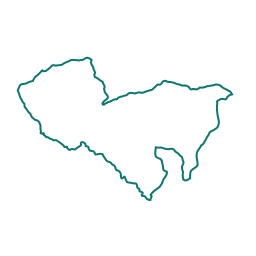 outline of Dungmin, Pemagatsel, Bhutan, rotated 175°
{"feature_id": "84629894B90871610259656", "entity_name": "Dungmin", "entity_type": "district", "adm_level": 2, "iso_a3": "BTN", "parent_name": "Bhutan", "parent_adm1": "Pemagatsel", "projection": "albers", "projection_center": [91.278, 26.981], "detail": "fine", "context": "isolated", "style": "outline", "palette": "teal", "viewbox_px": 256, "rotation_deg": 175, "n_neighbors": 0, "source": "geoboundaries", "source_scale": "gbopen_adm2", "svg_char_len": 5876}
<svg xmlns="http://www.w3.org/2000/svg" viewBox="0 0 256 256"><g transform="rotate(175 128 128)"><path d="M70.7,72.3L69.8,78.2L68.9,79.9L67.5,81.0L64.2,82.9L62.3,84.2L61.8,85.7L61.8,88.3L62.2,93.5L61.8,96.4L61.0,98.5L58.4,101.8L57.8,102.4L57.3,103.1L57.2,103.7L56.4,104.4L54.6,105.5L53.6,106.7L50.8,110.8L50.3,111.9L48.5,113.9L47.0,116.6L46.4,117.0L42.1,118.9L40.3,119.8L39.1,120.7L38.3,121.8L37.5,123.6L36.9,125.8L37.1,128.9L37.6,132.2L37.8,137.8L37.5,142.2L37.2,143.4L36.9,144.1L37.0,144.9L37.0,146.5L36.7,147.0L34.0,148.4L32.3,148.9L28.6,148.1L27.4,148.5L26.2,150.4L24.9,151.3L23.7,151.9L22.8,152.2L21.4,152.4L22.4,154.4L23.1,155.5L24.2,156.2L24.7,156.4L25.7,157.1L26.8,157.9L29.2,159.3L30.9,160.7L31.1,161.0L33.0,162.7L34.1,163.2L37.1,163.7L38.5,163.2L40.5,163.1L41.1,162.9L43.4,162.9L44.3,162.7L45.5,162.8L46.3,162.4L48.9,161.9L49.3,161.7L52.3,161.9L52.8,162.1L53.8,161.5L55.5,160.6L57.0,160.5L58.0,160.9L59.1,161.1L60.1,161.2L61.1,160.9L61.7,161.0L62.2,161.1L62.6,161.5L63.0,161.9L63.5,163.0L64.6,164.2L65.7,164.9L66.8,165.2L67.9,165.3L68.3,165.5L70.3,165.5L71.2,165.9L72.3,166.6L72.9,166.7L74.1,167.2L75.2,167.4L75.6,167.6L77.2,168.5L78.2,169.0L81.3,170.0L84.2,170.5L85.2,170.9L86.3,171.7L87.2,171.7L88.2,171.6L89.0,171.4L89.6,170.9L90.1,170.2L91.2,169.0L91.6,168.7L92.0,168.5L92.9,168.4L94.1,168.6L94.8,168.6L95.2,168.4L96.8,167.0L98.2,166.0L100.6,164.1L102.2,163.7L102.7,163.7L105.1,163.2L108.3,162.4L109.9,161.9L111.0,161.9L111.4,162.0L111.8,162.0L112.7,162.3L114.0,162.5L115.9,162.3L116.8,162.0L118.7,161.9L120.1,162.4L121.1,162.6L122.6,162.8L123.5,162.7L124.0,162.5L124.7,162.2L125.9,161.2L126.4,161.0L127.1,160.7L129.4,160.4L129.9,160.3L130.6,160.0L131.3,159.9L132.1,159.9L132.7,159.8L133.3,159.5L134.8,159.2L135.2,159.0L135.8,158.4L136.2,157.9L136.6,157.6L138.1,157.7L138.8,157.5L140.0,157.4L143.6,155.9L145.1,155.6L146.2,155.3L146.5,155.0L147.3,154.7L149.0,154.1L149.3,153.9L149.9,153.3L150.7,153.4L151.1,153.8L151.3,154.3L151.3,154.8L149.8,156.6L147.7,158.0L146.1,159.0L145.3,160.4L145.6,161.9L147.3,164.5L148.1,166.1L148.2,168.4L148.5,169.0L147.7,170.9L148.0,172.7L149.0,174.6L149.1,175.5L149.3,176.2L150.4,176.9L154.1,180.2L154.8,180.7L156.6,181.7L156.8,183.1L156.8,183.5L156.9,184.2L155.9,185.8L156.6,188.2L157.0,189.0L157.2,189.4L157.2,190.5L157.4,191.7L158.2,193.1L159.0,194.9L159.2,196.7L159.1,197.1L159.0,197.6L158.6,198.1L158.4,199.0L159.3,199.9L160.9,201.0L162.9,201.6L163.8,201.4L164.9,200.9L165.9,200.3L167.5,199.8L169.3,199.9L170.6,199.5L175.4,200.5L178.6,200.7L179.2,200.5L180.2,200.1L181.9,199.3L182.7,199.3L183.7,199.0L184.3,198.7L186.8,197.7L188.1,196.8L189.6,196.6L193.6,196.5L194.8,196.5L196.8,197.1L198.2,196.9L200.0,195.2L201.8,193.9L204.8,192.0L207.5,191.9L208.4,192.9L213.1,188.8L216.2,186.9L218.0,184.4L218.7,183.1L221.6,182.7L224.0,181.9L225.8,181.1L229.5,181.0L231.6,180.2L232.6,178.8L234.6,174.9L233.5,171.7L233.2,170.2L232.2,166.5L231.5,165.3L231.0,164.2L230.9,163.5L230.4,162.7L229.6,161.8L229.3,161.5L229.1,161.1L229.2,158.5L228.7,157.5L226.8,154.5L226.4,153.5L225.7,152.5L224.9,151.5L224.3,151.0L223.9,150.4L223.8,149.6L222.7,147.1L221.7,146.1L220.4,144.6L219.8,144.2L219.0,143.9L217.8,143.5L216.5,142.2L215.9,141.4L215.7,141.0L215.5,139.9L214.9,138.0L215.0,137.0L215.2,136.1L215.3,135.2L215.2,134.0L215.0,132.0L215.1,131.4L215.5,130.8L215.3,130.4L214.9,130.1L214.5,129.9L214.0,129.8L213.1,130.1L212.7,130.2L212.3,129.8L212.3,129.4L212.5,128.9L212.5,128.4L212.2,128.1L211.4,127.6L210.7,126.5L210.4,126.2L209.9,126.0L209.5,126.1L208.2,125.5L207.8,125.2L207.2,124.4L206.8,124.2L205.4,123.8L205.0,123.6L203.4,122.3L202.9,122.2L202.0,122.1L201.0,122.2L200.5,122.1L200.2,121.9L199.2,121.0L198.0,120.2L197.6,119.9L196.7,118.9L195.5,117.9L194.7,117.1L193.6,116.1L193.1,114.8L192.6,114.6L192.2,114.5L190.7,114.7L190.4,114.4L190.3,113.4L190.1,113.0L189.8,112.6L189.0,112.0L188.8,111.6L188.4,111.4L187.4,111.4L186.5,111.8L185.6,111.9L184.6,111.8L183.0,111.2L182.2,111.4L181.1,112.3L179.9,113.0L177.8,114.0L176.5,114.7L176.3,115.2L176.3,117.1L176.0,117.5L175.6,117.8L175.2,117.9L174.2,117.8L173.4,117.4L172.6,116.8L172.3,116.4L171.9,115.6L171.8,115.1L171.8,114.2L171.7,113.7L171.3,113.5L170.4,113.3L169.5,112.9L169.2,112.5L169.0,112.1L169.0,111.1L168.7,110.2L168.1,108.9L166.4,108.3L165.0,108.0L164.6,107.8L163.6,106.7L163.4,106.3L163.3,105.4L163.0,105.0L162.7,104.7L162.3,104.4L161.8,104.4L158.5,104.7L157.5,104.6L156.1,104.4L155.5,104.0L155.3,103.1L154.9,102.0L153.7,100.1L152.9,98.3L152.2,97.4L151.3,96.5L149.2,95.6L148.4,95.2L147.9,94.6L147.5,93.7L146.8,93.1L145.2,92.0L144.6,91.0L144.2,90.4L144.1,89.8L143.7,87.7L143.1,87.0L141.5,86.4L140.7,85.8L140.0,85.1L139.1,82.7L139.3,81.0L139.1,79.1L139.0,78.7L138.7,78.4L138.1,78.3L137.5,78.6L137.0,79.0L136.3,79.8L135.9,79.8L135.5,79.5L135.3,79.2L134.3,75.5L133.9,74.6L133.3,74.0L132.4,73.7L129.6,73.1L127.7,72.4L126.9,72.3L126.0,72.3L125.4,72.1L124.7,71.8L124.0,70.1L124.0,68.9L123.8,67.8L123.7,67.4L122.2,66.5L122.0,66.0L122.1,64.4L122.0,64.0L121.3,63.6L120.6,63.3L119.8,63.0L119.4,62.6L119.1,62.2L119.0,61.7L120.2,60.0L120.0,59.3L119.1,59.1L117.3,58.5L116.8,58.1L116.5,57.4L115.5,56.0L115.3,55.5L114.8,55.2L114.1,55.1L113.6,54.6L113.0,54.4L111.9,54.4L111.7,55.3L111.2,56.5L110.5,57.6L110.4,58.3L110.6,58.6L111.1,58.9L111.2,59.4L110.7,60.1L110.0,60.9L108.9,61.7L108.2,62.5L105.4,64.3L103.2,65.6L102.0,66.3L101.3,67.0L99.9,68.7L98.9,70.0L97.5,73.1L96.7,74.4L95.8,75.2L94.3,77.1L93.8,77.9L93.0,80.3L93.3,81.3L94.8,81.8L96.4,83.3L96.7,88.5L97.1,90.8L97.2,92.6L98.4,94.4L99.9,95.0L101.6,96.1L102.6,97.0L103.1,98.7L102.9,101.7L102.0,106.3L99.5,105.8L96.5,105.6L92.8,104.1L89.6,103.3L86.7,103.6L85.7,103.3L85.2,103.2L83.8,102.1L83.1,100.6L81.0,98.9L79.4,97.2L78.2,95.7L77.0,94.5L76.4,92.9L76.3,91.4L75.6,88.8L76.5,86.7L77.6,84.9L77.7,82.2L77.0,79.3L77.5,77.1L77.7,74.4L77.2,71.6L76.1,71.0L75.5,70.8L74.9,70.7L74.3,70.8L73.6,71.0L70.7,72.3Z" fill="none" stroke="#0f766e" stroke-width="2"/></g></svg>